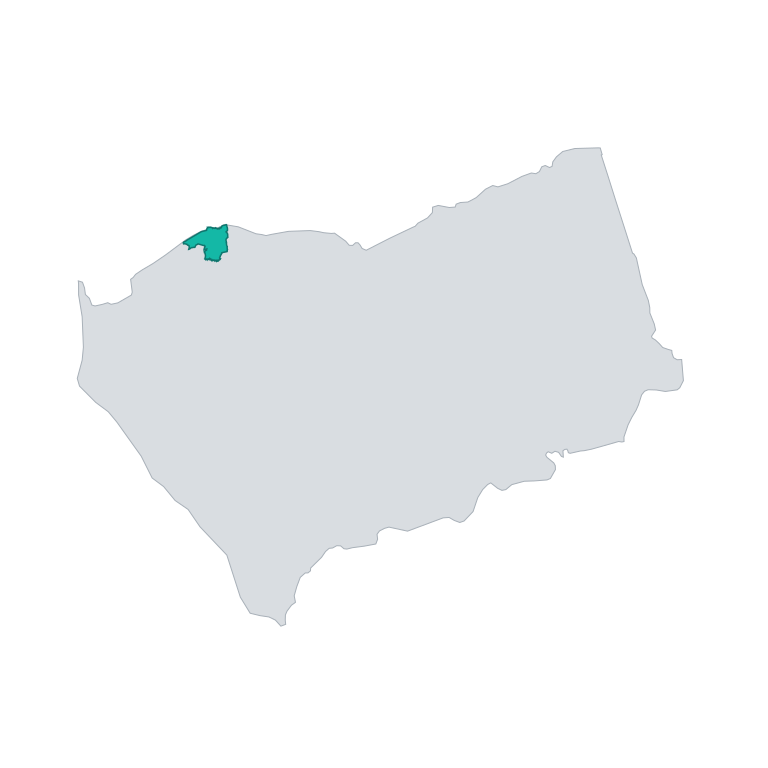 Bia West, Western, Ghana (highlighted), rotated 73°
{"feature_id": "2480657B58435284570364", "entity_name": "Bia West", "entity_type": "district", "adm_level": 2, "iso_a3": "GHA", "parent_name": "Ghana", "parent_adm1": "Western", "projection": "orthographic", "projection_center": [-3.037, 6.569], "detail": "fine", "context": "in_parent", "style": "filled", "palette": "teal", "viewbox_px": 768, "rotation_deg": 73, "n_neighbors": 0, "source": "geoboundaries", "source_scale": "gbopen_adm2", "svg_char_len": 7257}
<svg xmlns="http://www.w3.org/2000/svg" viewBox="0 0 768 768"><g transform="rotate(73 384 384)"><path d="M468.3,96.7L474.0,102.2L475.3,105.3L473.4,117.1L469.3,125.4L466.7,133.1L467.1,137.0L469.7,140.8L478.4,146.8L482.9,150.7L488.3,156.7L494.4,162.5L504.8,170.0L509.2,171.3L509.0,173.5L507.6,176.4L507.0,204.7L506.3,212.0L505.5,215.7L504.7,226.3L503.6,227.8L501.6,227.7L499.8,228.1L499.4,230.3L500.2,232.4L506.4,233.9L505.1,235.5L500.4,237.0L498.3,240.2L499.3,243.8L496.8,246.8L497.5,248.7L499.2,250.2L501.8,249.6L509.1,244.7L512.2,244.1L516.0,245.1L523.0,252.5L523.4,256.2L520.6,268.7L518.0,278.3L517.6,291.2L520.6,298.4L520.2,302.3L517.0,305.8L509.8,310.8L510.4,314.2L513.8,320.5L520.0,327.5L532.0,336.1L538.4,347.4L538.6,352.0L535.0,356.7L530.7,360.7L529.3,366.5L531.6,404.5L522.3,421.1L522.2,425.8L523.2,431.3L525.7,434.6L530.6,435.5L534.6,438.6L533.3,450.2L531.3,462.1L531.0,467.8L529.8,470.5L526.1,472.8L524.8,476.5L525.8,481.1L525.1,484.5L527.1,488.9L531.5,494.4L538.5,507.9L541.2,509.0L542.4,511.9L541.7,514.6L544.4,520.6L552.2,526.6L560.3,531.8L566.9,532.5L568.5,537.2L572.9,543.2L576.0,545.8L581.0,547.5L585.1,548.3L585.4,553.4L578.0,556.9L573.1,562.2L569.3,570.2L564.1,579.0L545.9,583.7L539.0,583.8L501.7,584.3L466.8,601.7L446.7,608.0L434.4,617.8L417.7,624.7L406.1,633.2L382.0,637.3L342.3,650.6L329.9,655.8L317.4,665.0L297.0,675.8L289.0,675.7L273.0,665.7L260.9,660.7L231.5,653.0L209.5,650.0L198.9,646.8L196.0,646.2L198.5,642.6L204.6,642.3L211.1,643.4L215.9,640.7L223.1,640.3L224.9,637.5L225.5,630.2L225.5,624.4L228.0,621.7L228.6,614.9L225.1,599.6L222.6,597.9L209.8,595.7L208.8,592.7L206.5,589.5L204.1,581.6L201.3,569.9L196.8,555.4L188.2,531.4L186.1,523.0L184.6,514.4L184.3,504.1L186.1,500.2L185.8,494.9L185.0,489.6L191.1,477.4L202.9,462.5L205.4,457.1L207.6,453.4L208.0,448.0L210.1,430.7L215.7,409.7L219.3,401.7L221.7,397.4L224.6,390.4L225.3,387.2L236.2,378.9L241.2,376.7L242.3,373.5L240.6,369.9L241.4,367.5L244.0,366.3L248.0,365.3L250.9,361.9L246.3,336.0L242.5,310.3L242.3,308.1L240.1,304.5L237.9,293.8L234.2,287.6L229.1,285.8L229.1,279.9L234.3,270.0L235.6,264.2L233.1,262.4L232.8,257.9L234.5,250.6L233.7,246.1L232.7,241.3L227.4,230.0L226.0,222.0L228.8,217.4L228.7,207.1L225.8,191.4L225.3,181.4L227.3,177.3L226.3,173.3L222.4,169.6L222.2,165.9L225.4,162.4L225.0,159.6L220.9,157.6L217.2,152.7L213.9,145.1L214.6,132.7L220.8,110.1L221.5,108.2L228.5,108.3L228.5,109.3L250.2,109.0L275.0,108.8L304.6,108.4L331.5,108.1L332.7,107.0L337.2,105.8L364.4,108.0L381.3,106.8L388.6,107.5L393.8,109.0L405.6,108.0L411.8,108.5L416.6,114.2L418.5,114.1L421.1,111.7L425.8,109.0L430.6,106.8L433.9,102.3L436.0,99.0L439.1,99.6L443.5,99.4L446.5,96.6L447.6,92.2L468.3,96.7Z" fill="#d9dde1" stroke="#a8b0b8" stroke-width="1"/><path d="M185.9,488.0L185.5,488.2L185.4,488.4L185.5,488.8L185.6,489.4L185.5,489.7L185.5,490.1L185.5,490.3L185.3,490.8L185.4,491.0L185.3,491.5L185.4,492.4L185.6,492.6L185.7,493.0L185.8,493.2L186.2,493.4L186.2,493.5L186.5,493.7L186.6,493.8L186.8,493.8L186.9,494.0L187.1,494.2L187.1,494.3L187.0,494.7L186.8,494.7L186.6,494.9L186.8,495.1L186.7,495.2L187.0,495.4L186.9,495.5L187.0,495.7L187.0,495.8L187.2,496.0L187.4,496.2L187.5,496.3L187.4,496.5L187.0,497.2L187.0,497.4L186.8,497.3L186.8,497.5L186.7,497.7L186.8,497.8L186.8,498.1L186.6,498.4L186.4,498.5L186.2,498.9L185.8,499.1L185.7,499.0L185.4,499.3L185.5,499.4L185.5,499.6L185.4,499.9L185.5,499.9L185.7,500.0L185.6,500.5L185.4,500.6L185.4,500.8L185.5,500.9L185.4,501.1L185.3,501.3L185.2,501.3L185.0,501.5L184.9,501.5L184.9,501.8L185.0,502.1L185.1,502.3L184.6,502.4L184.3,502.5L184.2,502.9L184.1,503.0L183.9,503.1L183.9,503.3L183.7,503.5L183.7,503.8L183.5,504.0L183.4,504.1L183.3,504.4L183.1,504.5L183.2,504.8L183.1,505.5L182.8,505.7L182.9,506.0L182.8,506.4L182.8,506.5L182.6,506.9L182.9,506.9L183.3,507.1L183.3,507.6L184.3,508.4L185.2,508.8L184.9,514.1L188.8,530.3L189.1,531.4L189.5,531.9L189.5,533.5L190.0,534.4L190.3,534.7L191.4,534.7L191.6,533.6L191.9,533.1L192.1,532.8L192.2,532.5L192.6,532.1L192.7,531.7L192.9,531.5L193.7,531.3L194.1,530.6L194.4,530.4L194.6,530.2L194.9,530.0L195.1,529.9L195.6,530.2L197.2,530.5L197.5,530.9L197.9,531.3L198.1,531.4L198.1,530.7L197.8,529.6L197.5,529.0L197.3,528.1L197.5,527.5L197.6,527.3L197.6,526.1L197.8,525.8L197.8,525.5L198.0,525.2L198.0,524.9L196.3,523.4L196.3,523.2L196.0,522.8L196.0,522.1L196.0,521.8L195.9,521.3L195.6,520.9L198.9,515.9L199.0,515.7L198.9,515.4L199.1,515.3L199.3,515.3L199.5,515.0L199.9,515.1L200.1,514.9L200.3,515.0L200.7,515.4L200.9,515.5L201.0,515.6L201.3,515.8L201.4,516.0L201.6,516.1L201.9,516.3L202.1,516.4L202.3,516.5L202.6,516.6L202.8,516.8L203.0,516.9L203.0,514.0L204.1,514.6L203.7,515.0L204.4,515.9L204.6,516.1L204.8,516.7L204.7,517.1L204.8,517.2L205.0,517.3L205.4,517.2L205.6,517.2L206.1,517.3L206.4,516.9L206.5,516.8L207.7,517.0L208.0,517.1L208.5,517.1L209.1,517.2L210.1,517.6L210.7,518.0L211.5,518.3L211.9,518.6L212.0,518.8L212.3,518.6L212.2,518.5L212.4,518.4L212.5,518.3L212.9,518.1L213.1,518.1L213.1,517.9L212.9,517.9L212.7,517.7L212.8,517.5L212.7,517.4L212.6,517.0L212.6,516.9L212.8,516.8L212.8,516.7L213.0,516.5L213.3,516.5L213.2,516.4L213.1,516.2L213.3,516.0L213.2,515.5L213.4,515.6L213.6,515.4L213.6,515.2L213.4,515.1L213.3,514.9L213.3,514.7L213.2,514.5L213.3,514.5L213.5,514.6L213.6,514.3L213.4,514.1L213.5,514.1L213.3,513.9L213.5,513.6L213.6,513.4L213.8,513.4L213.7,513.3L213.8,513.2L213.9,512.9L213.9,513.0L214.0,512.9L214.2,513.0L214.3,513.1L214.5,512.9L214.8,512.9L214.8,512.7L215.0,512.4L215.0,512.5L215.4,512.6L215.4,512.4L215.5,512.2L215.7,512.3L215.6,512.2L215.8,512.2L215.7,512.0L215.7,511.9L215.8,511.9L215.8,511.7L215.7,511.7L215.6,511.3L215.7,511.2L215.9,511.1L216.0,510.8L215.9,510.7L216.0,510.6L215.9,510.3L215.8,510.2L216.0,510.0L216.3,510.0L216.2,509.9L216.3,509.8L216.3,509.6L216.5,509.4L216.4,509.3L216.4,509.2L216.5,509.2L216.8,508.9L216.9,508.7L217.0,508.8L217.1,508.7L217.3,508.7L217.3,508.4L217.2,508.3L217.3,508.3L217.2,508.2L217.3,508.1L217.5,508.0L217.7,507.9L217.8,507.7L217.7,507.6L217.8,507.6L217.8,507.4L217.7,507.4L217.6,507.1L217.4,507.0L217.2,506.9L217.2,506.7L217.1,506.8L217.1,506.6L217.3,506.5L217.3,506.4L217.2,506.4L217.4,506.3L217.3,506.2L217.2,505.8L217.3,505.8L217.2,505.7L217.3,505.4L217.2,505.3L217.1,505.2L217.0,504.9L217.0,504.6L217.0,504.3L216.8,504.2L216.7,504.2L216.4,503.8L216.0,504.4L215.3,504.4L215.0,504.0L214.5,503.7L214.4,503.4L213.9,503.3L213.8,503.2L213.5,502.8L213.1,502.6L212.7,502.1L212.7,501.9L212.3,501.6L212.1,501.5L212.0,501.3L211.8,501.1L211.7,500.9L211.5,500.7L211.0,500.6L211.5,495.4L211.2,495.1L210.6,494.9L210.5,495.0L210.4,494.9L210.2,494.8L209.8,494.6L209.5,494.3L209.0,494.4L207.6,494.1L207.0,493.8L206.8,493.7L206.4,493.8L206.2,493.9L205.0,493.9L204.6,493.8L204.0,493.6L202.5,493.5L202.3,493.4L202.3,493.2L202.1,493.2L200.3,493.1L199.3,492.6L199.0,492.3L198.8,492.1L198.7,491.7L198.3,491.3L198.3,491.0L197.9,490.3L197.7,490.3L197.4,490.4L197.0,490.4L196.7,490.2L196.2,490.1L195.9,490.0L195.9,489.9L195.6,489.8L195.4,489.8L195.2,489.8L194.4,489.7L194.3,489.8L194.1,489.8L193.9,489.8L193.7,490.0L193.4,490.0L193.2,490.1L192.7,490.3L192.6,490.5L192.2,490.5L192.1,490.4L191.9,489.7L191.7,489.4L191.6,488.9L190.5,488.5L190.3,488.5L190.2,488.4L189.8,488.3L188.5,488.1L187.8,488.2L185.9,488.0Z" fill="#14b8a6" stroke="#0f766e" stroke-width="1.5"/></g></svg>